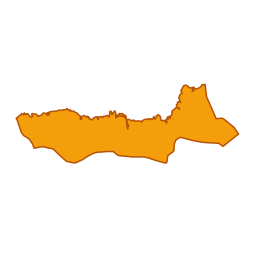 outline of Kanifay, Federated States of Micronesia, rotated 71°
{"feature_id": "79324940B58732194011753", "entity_name": "Kanifay", "entity_type": "district", "adm_level": 2, "iso_a3": "FSM", "parent_name": "Federated States of Micronesia", "parent_adm1": "", "projection": "albers", "projection_center": [138.063, 9.479], "detail": "fine", "context": "isolated", "style": "filled", "palette": "amber", "viewbox_px": 256, "rotation_deg": 71, "n_neighbors": 0, "source": "geoboundaries", "source_scale": "gbopen_adm2", "svg_char_len": 5155}
<svg xmlns="http://www.w3.org/2000/svg" viewBox="0 0 256 256"><g transform="rotate(71 128 128)"><path d="M169.7,25.5L162.0,27.5L150.9,34.4L149.3,35.9L147.9,41.6L124.1,43.5L111.9,41.0L111.7,41.5L112.0,42.6L111.2,43.3L111.1,44.0L112.6,45.5L113.1,47.2L113.3,49.5L113.3,50.7L113.4,51.3L111.5,52.2L110.6,52.7L110.6,53.4L111.0,53.6L112.1,53.5L113.3,53.2L113.8,53.7L114.2,54.5L114.2,55.1L113.5,54.7L112.9,54.4L111.8,54.4L111.1,54.6L110.4,55.0L110.5,55.5L110.3,56.3L109.2,57.1L107.6,58.0L106.5,59.0L106.1,60.5L106.3,61.8L107.3,63.0L108.7,64.3L109.5,65.6L110.6,66.0L111.3,65.9L112.1,65.6L112.4,65.6L112.8,65.7L113.0,66.3L113.1,67.3L113.8,68.5L114.8,69.0L115.2,69.2L115.6,69.9L116.2,70.2L116.7,70.1L117.4,70.0L118.5,70.1L119.4,70.2L120.1,70.0L120.6,70.0L120.0,70.5L119.6,71.3L119.6,72.2L120.0,73.0L120.7,73.1L121.3,73.3L121.6,73.8L121.7,74.4L122.2,74.8L122.9,75.0L123.0,75.0L123.9,74.9L124.7,74.6L125.2,74.2L125.9,73.0L126.2,73.3L126.7,73.4L126.1,73.8L125.3,74.6L124.4,75.3L124.4,76.0L125.0,77.6L125.7,78.8L125.9,80.3L126.6,80.8L127.4,81.5L128.2,81.5L128.7,81.7L129.2,81.9L129.7,82.4L130.2,83.4L131.0,83.8L131.8,84.7L132.6,85.4L132.5,85.9L132.0,85.7L131.4,85.2L130.6,85.0L130.5,85.7L130.4,86.6L130.8,87.4L131.4,87.9L131.9,87.8L132.4,87.0L132.7,87.8L132.6,88.7L132.6,89.8L132.9,90.2L134.0,89.6L134.6,89.1L135.1,89.6L135.6,90.1L134.6,90.4L133.3,90.6L132.9,91.5L132.2,92.3L132.1,93.7L131.6,94.2L130.1,94.1L127.9,93.7L127.2,93.9L126.2,94.3L125.3,95.1L125.3,96.1L125.8,96.5L126.1,97.4L126.9,98.7L128.0,98.8L128.4,99.2L127.9,100.0L127.2,100.3L126.2,100.0L125.8,100.0L126.1,100.5L127.2,101.2L127.8,102.4L127.4,103.0L126.7,103.4L126.7,104.2L126.8,104.9L126.1,105.1L126.0,106.1L126.2,106.8L125.6,107.6L125.4,109.1L125.5,111.0L126.0,112.3L126.8,113.1L126.0,113.4L125.2,114.5L124.7,115.7L124.6,117.0L124.0,117.9L123.8,119.4L123.3,119.6L122.6,119.6L122.4,120.6L122.5,121.9L121.6,122.5L121.0,123.9L120.1,124.5L119.6,125.3L120.1,126.3L121.0,126.6L122.0,126.8L123.0,127.2L123.7,127.3L124.6,127.0L125.5,126.6L126.0,126.8L125.6,127.2L126.0,127.5L127.2,127.7L128.2,128.0L128.5,128.5L127.3,128.5L125.2,128.2L123.3,127.9L122.7,127.7L122.1,127.5L121.5,127.1L120.9,127.2L120.3,127.2L119.5,127.0L119.0,126.9L118.6,127.1L118.3,126.9L117.7,126.4L117.0,126.2L116.9,126.6L117.1,127.8L116.7,128.1L116.3,127.7L116.3,126.7L116.4,126.1L115.7,126.2L114.9,126.6L114.6,127.4L115.0,128.4L115.4,129.0L115.1,129.8L114.7,130.6L114.5,130.3L114.6,129.0L114.3,128.3L113.5,128.2L112.8,128.3L112.4,129.0L112.2,130.1L111.6,131.1L111.8,132.0L112.7,131.8L113.4,131.6L113.7,131.8L113.5,132.5L113.9,133.3L113.8,133.7L113.1,133.7L112.4,133.7L112.2,134.2L112.7,134.6L113.6,134.7L114.2,135.1L114.3,136.0L113.6,136.0L112.4,135.6L109.6,134.7L107.7,134.8L107.5,135.3L108.5,136.3L108.8,137.1L109.5,137.5L110.0,138.5L109.7,138.9L108.1,138.4L106.7,138.6L106.4,139.4L106.9,140.1L108.0,140.3L111.0,142.0L111.2,142.6L110.1,142.6L109.2,143.9L109.4,145.4L109.4,146.6L108.9,147.3L109.3,147.8L109.8,148.4L109.3,149.1L108.9,149.2L108.5,149.9L108.3,151.2L108.0,152.0L108.7,152.7L109.9,153.2L109.8,153.3L109.7,153.8L108.6,153.7L108.4,153.6L108.0,153.6L107.4,153.5L107.1,154.8L107.1,156.7L107.8,158.1L108.6,158.7L108.8,158.9L108.1,159.7L107.5,160.2L106.9,161.2L106.5,161.7L105.6,161.3L104.6,161.7L103.9,162.4L104.4,162.8L103.9,163.3L103.8,164.1L103.2,164.3L102.0,165.5L101.9,166.8L102.0,168.0L102.7,168.6L103.6,168.6L103.9,168.6L104.5,169.4L104.3,170.1L103.7,169.9L103.3,169.8L102.0,169.4L101.2,169.3L100.1,170.0L98.9,170.6L97.5,171.2L96.8,171.8L96.1,172.5L95.5,173.4L94.7,173.6L94.1,174.2L94.2,175.4L93.8,176.0L93.6,176.3L92.4,176.4L91.8,177.1L92.1,177.6L92.3,178.1L91.8,178.3L90.5,178.8L89.8,179.4L90.5,180.6L90.3,181.4L89.8,182.9L89.7,184.6L89.3,185.5L88.5,187.9L88.8,188.4L89.0,189.2L88.4,191.1L87.9,193.4L87.2,196.9L87.6,197.5L87.4,199.0L87.6,200.3L88.4,200.1L88.6,199.4L88.3,198.0L88.9,197.6L89.8,198.4L89.9,199.7L89.1,200.5L88.2,200.7L87.0,201.7L86.9,201.8L86.4,202.6L86.4,204.0L87.0,204.4L87.3,205.0L87.7,205.6L87.5,206.4L87.8,207.2L87.5,208.1L87.3,208.3L87.7,209.1L87.5,209.6L87.4,209.7L86.9,209.8L85.6,209.9L84.8,210.4L84.0,212.5L83.4,213.1L83.4,214.4L84.2,214.9L85.5,214.3L86.2,215.0L86.2,216.1L85.4,216.9L84.9,217.0L83.5,217.4L81.9,218.2L81.6,219.1L81.9,220.0L82.1,220.3L81.7,220.8L81.3,220.7L80.8,220.6L80.1,221.2L80.6,222.1L81.3,222.5L80.4,223.3L79.7,223.9L80.1,224.4L80.7,224.6L80.8,226.4L81.5,228.1L81.7,228.3L82.3,229.1L82.1,229.9L82.4,230.5L83.2,230.5L84.4,230.2L97.6,230.3L101.4,228.9L106.0,225.2L111.9,223.5L116.6,223.3L117.2,218.7L117.6,215.6L118.0,214.6L122.0,208.1L123.5,205.6L131.0,201.8L137.8,198.0L139.6,196.9L143.5,190.4L143.9,189.0L143.1,180.9L142.4,178.6L141.5,174.6L140.9,170.7L140.7,167.4L141.0,164.6L142.1,160.8L143.3,155.8L144.6,152.1L145.2,150.0L145.9,149.4L148.4,147.9L150.7,146.2L151.8,144.2L156.9,133.0L158.7,127.6L159.8,124.4L160.8,122.0L162.7,118.8L167.8,112.2L171.4,106.9L173.4,104.0L173.4,102.8L172.5,102.1L171.3,101.5L167.4,99.6L166.3,97.2L165.2,93.3L164.0,91.6L160.9,90.7L157.9,89.2L155.4,87.1L154.2,84.5L153.8,81.6L159.5,72.9L161.7,69.6L163.5,66.4L165.5,62.6L167.0,59.4L168.0,57.1L171.5,48.3L172.5,46.8L176.3,44.2L169.7,25.5Z" fill="#f59e0b" stroke="#b45309" stroke-width="1.5"/></g></svg>